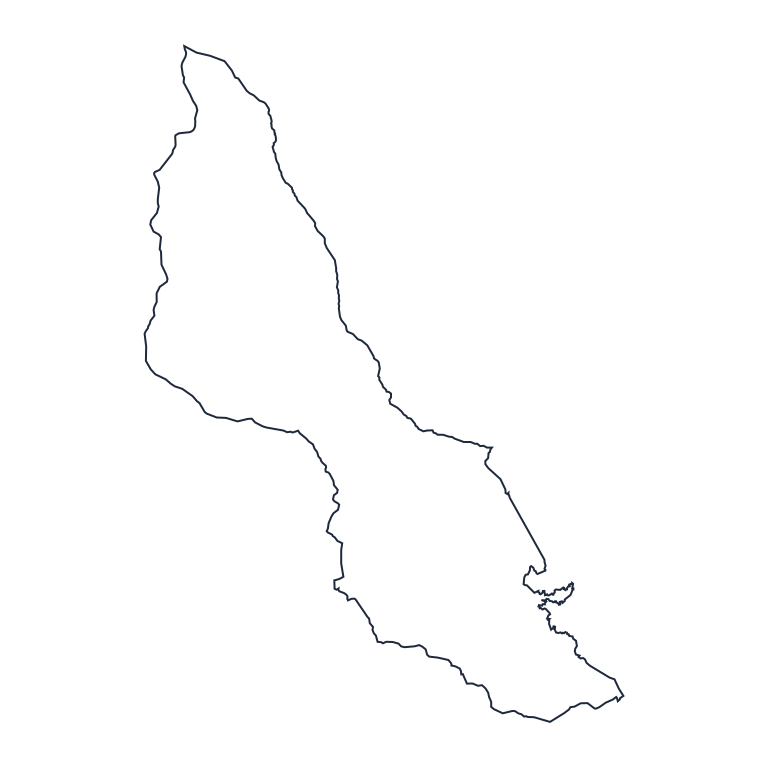 Secaria, Prahova, Romania (Robinson projection)
{"feature_id": "2599482B18206693786846", "entity_name": "Secaria", "entity_type": "district", "adm_level": 2, "iso_a3": "ROU", "parent_name": "Romania", "parent_adm1": "Prahova", "projection": "robinson", "projection_center": [25.677, 45.313], "detail": "fine", "context": "isolated", "style": "outline", "palette": "slate", "viewbox_px": 768, "rotation_deg": 0, "n_neighbors": 0, "source": "geoboundaries", "source_scale": "gbopen_adm2", "svg_char_len": 6107}
<svg xmlns="http://www.w3.org/2000/svg" viewBox="0 0 768 768"><path d="M617.8,701.2L619.8,699.4L620.0,698.2L623.4,695.9L618.8,688.6L614.5,679.3L609.6,677.6L589.9,665.7L586.6,662.9L585.0,659.4L583.3,658.1L580.5,658.4L578.5,656.9L579.5,655.6L575.9,654.5L574.8,651.2L575.3,648.6L576.9,646.1L576.0,640.8L573.2,638.7L572.6,636.5L569.2,635.9L568.6,634.2L567.3,634.2L566.9,632.7L565.3,632.1L564.1,633.2L562.8,632.7L562.0,633.4L560.4,632.4L558.5,633.0L556.1,632.5L554.7,629.5L555.1,626.8L554.7,626.4L553.5,626.4L552.9,628.7L551.8,628.8L551.1,629.6L549.1,623.9L549.2,620.6L548.2,620.0L549.5,619.0L547.1,618.5L548.5,615.3L550.1,614.3L549.7,613.2L545.7,608.9L544.5,608.5L542.5,609.5L540.6,607.9L539.7,608.2L539.5,606.8L538.5,606.5L539.0,605.1L542.1,605.6L542.7,604.2L544.8,604.3L544.6,603.6L546.1,601.6L541.4,600.1L545.0,600.4L546.1,599.9L546.5,598.9L548.5,599.2L549.6,600.9L552.1,601.3L553.1,602.3L554.2,601.9L555.7,602.3L555.3,601.3L555.9,601.2L556.7,602.6L558.1,603.2L558.5,604.1L559.2,603.9L559.2,604.7L560.1,604.5L560.5,603.9L559.9,601.9L561.9,601.3L562.7,602.8L564.8,600.9L564.8,599.5L570.5,595.0L572.7,589.6L573.4,589.5L573.4,588.4L572.2,588.4L573.1,583.8L572.3,583.1L572.4,584.6L571.3,583.7L569.5,584.5L569.7,585.6L569.1,585.3L569.0,586.4L568.0,586.6L567.2,587.8L567.0,589.3L565.5,589.3L565.4,590.0L563.9,589.2L564.2,588.0L563.3,587.5L560.2,589.9L555.8,589.5L554.5,590.7L554.9,592.1L553.5,593.9L553.3,595.5L552.8,594.0L552.1,594.2L551.8,593.6L549.0,595.4L547.2,595.2L547.0,594.4L545.0,595.2L544.4,590.9L542.9,591.0L542.6,592.6L540.6,594.3L539.7,594.0L539.3,592.6L538.4,592.2L538.4,590.9L534.4,592.8L527.0,585.4L525.0,585.1L523.6,584.2L524.3,577.4L525.6,574.8L527.9,574.4L529.8,570.6L530.1,567.1L531.1,566.1L533.3,567.7L534.4,570.7L535.6,571.1L536.6,573.4L537.5,574.0L545.4,570.6L545.5,570.0L544.5,568.7L545.6,565.8L544.5,562.0L544.5,559.9L509.7,497.7L509.1,495.2L508.3,494.6L508.4,492.9L507.3,494.0L505.6,493.0L505.4,489.5L500.5,479.2L488.3,468.1L485.4,464.2L485.3,461.1L488.1,458.2L488.6,452.9L489.8,452.1L490.4,449.6L491.9,447.6L487.0,447.6L483.6,445.8L480.1,446.1L477.4,443.8L475.0,443.8L470.6,442.0L463.8,442.0L454.8,438.7L452.0,436.9L449.0,436.7L443.3,434.8L437.6,434.7L435.8,433.3L433.6,432.7L432.5,430.3L427.2,430.5L423.4,431.3L418.5,428.9L417.4,426.9L415.6,425.8L415.1,423.9L410.9,418.7L407.3,417.8L406.3,416.0L403.7,414.5L401.7,411.6L397.4,407.7L390.3,403.8L389.3,400.1L391.0,397.4L391.0,393.6L388.9,392.0L386.5,391.6L385.9,389.6L382.9,386.8L382.4,384.6L379.3,379.9L379.4,377.5L378.1,376.1L379.8,368.5L378.7,362.4L377.8,361.1L374.0,358.4L373.6,356.3L367.3,345.3L361.6,340.6L357.8,339.2L352.9,334.0L347.5,331.7L346.6,330.0L345.8,325.6L341.4,320.1L340.0,316.8L338.8,308.3L339.2,305.9L338.6,304.0L339.3,300.7L338.8,298.7L339.0,295.4L338.1,292.7L338.3,290.5L336.9,287.4L337.9,281.4L337.0,278.8L337.3,275.0L336.1,271.0L336.2,268.4L334.8,260.1L326.7,247.9L324.8,243.2L324.8,238.6L323.4,236.4L317.6,230.9L315.0,226.1L315.2,223.2L313.6,220.6L307.1,213.0L305.1,208.7L297.6,200.7L296.4,197.1L294.8,195.6L294.5,193.8L292.8,191.8L292.9,190.4L292.1,189.4L291.9,187.7L287.7,183.7L285.7,182.8L282.8,178.1L281.6,175.3L281.2,172.3L279.4,169.5L278.5,164.4L276.7,161.3L275.7,157.8L275.3,153.7L274.0,152.0L272.6,146.8L273.9,145.0L273.7,143.2L275.3,141.9L276.0,140.3L275.8,137.2L275.4,135.3L274.7,134.6L275.1,133.4L274.4,132.6L274.3,130.4L272.1,128.5L271.5,126.6L271.6,124.8L271.0,123.5L271.6,122.3L271.5,120.2L270.3,115.8L268.6,113.9L268.5,111.8L269.1,110.8L268.8,108.7L265.5,103.5L263.6,102.1L259.4,100.6L253.7,95.3L249.7,93.3L246.7,90.8L238.3,78.5L235.2,77.5L231.9,70.6L224.6,61.2L210.1,55.8L196.5,52.6L184.3,46.1L184.8,49.2L186.0,52.0L186.1,54.0L185.4,56.9L182.4,62.5L181.5,65.9L182.9,75.2L184.1,77.5L183.6,82.4L190.2,94.6L192.9,100.8L196.2,105.9L197.3,110.2L195.0,118.6L195.3,121.3L195.1,126.5L194.0,129.1L192.8,130.6L190.2,132.1L179.0,133.3L175.6,135.2L175.2,136.2L175.6,144.9L175.2,146.7L173.1,150.0L172.3,153.6L159.6,169.9L154.9,172.0L154.1,173.2L154.3,174.8L157.8,181.7L159.2,187.6L157.8,199.2L157.8,203.2L158.7,206.5L156.9,213.0L151.1,220.3L150.3,224.6L153.6,231.6L158.7,234.4L161.0,237.1L159.7,249.1L161.0,251.6L161.5,264.7L166.1,274.4L167.5,278.8L166.9,281.7L159.8,286.8L156.6,293.4L156.7,302.0L154.3,307.0L153.6,310.0L154.4,315.7L150.6,320.6L149.6,324.2L148.2,326.3L148.0,328.1L145.8,331.1L144.6,333.8L146.2,346.6L145.9,360.9L150.8,369.4L155.3,374.3L165.7,379.3L170.8,383.7L174.7,386.3L182.2,388.8L192.6,396.1L196.9,401.1L199.5,403.1L204.7,412.0L206.9,413.7L216.8,417.5L226.0,417.9L237.5,421.4L247.9,418.9L251.8,418.7L255.1,422.4L262.8,426.4L266.9,427.6L283.2,430.5L287.2,432.2L290.5,431.7L292.7,432.5L298.1,430.7L299.8,433.3L306.2,438.5L308.7,441.4L313.0,444.4L314.5,448.6L317.1,452.0L318.4,456.5L320.6,458.9L321.0,460.7L322.4,462.7L325.9,465.8L326.1,467.3L325.4,469.3L325.7,471.6L328.4,472.5L329.8,474.1L333.4,480.9L334.0,485.2L337.7,489.8L337.1,492.9L333.9,495.2L333.0,499.4L334.3,501.2L337.9,503.3L339.2,504.7L338.0,509.8L333.5,513.2L331.5,516.4L328.6,523.3L327.9,528.6L326.7,531.2L327.9,532.5L332.1,534.6L332.7,536.0L334.8,537.4L337.5,541.0L342.2,543.2L341.2,550.2L341.2,563.5L343.4,576.8L339.3,579.0L334.3,580.4L334.6,588.8L336.7,589.7L338.5,588.5L338.3,589.9L339.4,591.3L344.1,593.1L346.1,594.5L347.5,596.3L347.3,598.9L348.0,600.4L351.2,598.9L354.2,598.6L355.5,599.3L367.6,617.1L369.1,618.5L369.8,623.2L373.0,626.9L372.5,629.8L373.8,633.2L375.9,635.6L377.6,641.8L381.2,642.2L383.0,643.3L386.1,641.8L392.7,642.0L398.5,643.6L401.2,646.4L404.6,647.2L414.6,646.3L419.2,645.1L422.4,646.7L425.7,649.4L427.1,654.7L429.2,656.6L437.8,657.6L448.4,660.0L450.8,662.8L451.5,664.4L451.4,665.5L455.5,666.4L459.8,668.6L460.9,671.0L461.3,674.4L462.8,674.1L466.9,683.6L472.6,683.5L478.0,685.8L482.0,685.2L485.6,688.5L488.2,692.8L489.1,697.0L491.2,701.9L491.2,706.9L494.0,709.2L502.8,713.3L512.2,711.0L515.0,711.1L518.2,713.3L521.5,714.3L524.2,716.6L526.0,716.2L527.9,717.0L534.0,717.2L550.0,721.9L564.2,713.1L569.0,709.5L570.4,707.2L574.6,706.6L580.7,703.3L587.5,703.1L594.2,708.2L595.7,708.7L599.3,707.2L605.7,702.7L612.9,699.5L616.2,697.0L616.9,697.8L617.8,701.2Z" fill="none" stroke="#1e293b" stroke-width="2"/></svg>